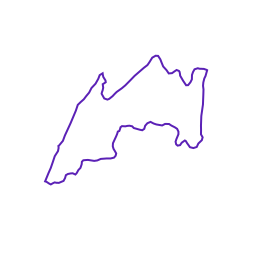 outline of Luleå, Norrbotten, Sweden, rotated 230°
{"feature_id": "70781695B74672839302489", "entity_name": "Luleå", "entity_type": "district", "adm_level": 2, "iso_a3": "SWE", "parent_name": "Sweden", "parent_adm1": "Norrbotten", "projection": "mercator", "projection_center": [22.018, 65.85], "detail": "fine", "context": "isolated", "style": "outline", "palette": "violet", "viewbox_px": 256, "rotation_deg": 230, "n_neighbors": 0, "source": "geoboundaries", "source_scale": "gbopen_adm2", "svg_char_len": 2101}
<svg xmlns="http://www.w3.org/2000/svg" viewBox="0 0 256 256"><g transform="rotate(230 128 128)"><path d="M158.9,63.1L157.3,62.0L155.3,59.5L153.5,53.8L150.3,48.6L147.0,43.1L144.5,38.0L140.4,30.2L139.1,31.0L136.3,31.8L134.4,32.6L134.0,34.8L133.5,36.8L131.9,38.1L130.4,39.8L128.9,44.6L130.1,47.6L131.8,50.1L131.4,52.4L130.1,54.8L128.9,56.5L126.2,57.8L126.4,59.6L127.7,63.0L128.0,65.9L130.0,69.2L131.8,71.0L132.0,73.0L130.7,74.9L129.3,76.8L124.5,81.0L122.9,83.6L121.8,87.3L118.5,91.9L115.9,95.0L114.3,98.2L114.7,100.7L116.1,102.6L118.7,103.1L121.3,103.5L123.8,104.6L126.0,106.7L127.8,110.5L129.2,113.5L130.5,116.0L131.8,117.9L131.3,119.4L132.3,121.2L133.4,122.8L133.3,124.6L131.0,127.0L130.0,128.9L128.8,130.6L126.6,132.3L124.3,132.4L119.0,136.0L117.1,137.5L116.9,139.9L118.7,142.6L119.2,145.9L118.2,149.2L115.0,150.5L112.5,152.0L108.0,155.8L107.3,159.0L104.7,162.0L102.0,162.8L98.5,164.3L95.8,165.1L92.8,164.3L90.8,162.6L89.7,160.5L88.3,157.8L86.9,155.6L84.5,154.4L82.6,154.7L81.4,156.9L82.2,159.7L81.9,163.5L80.9,163.9L78.3,163.5L76.7,163.4L73.5,163.1L70.6,165.2L69.3,168.4L69.3,168.5L70.9,171.9L71.2,176.7L72.9,179.2L76.2,179.8L79.3,182.5L83.0,185.5L90.1,191.9L97.8,200.5L105.3,207.3L109.0,210.6L112.1,212.6L114.5,215.0L116.9,218.3L118.0,220.8L121.4,225.8L121.8,225.7L124.5,224.1L127.5,220.8L128.9,219.9L130.2,216.7L129.1,213.8L127.5,211.1L124.2,208.2L122.9,205.2L122.2,201.6L123.4,200.0L128.9,200.6L134.6,201.6L135.9,202.5L137.9,203.6L139.0,203.7L141.2,202.5L141.5,199.9L141.7,197.0L143.6,194.3L147.6,194.7L152.5,194.5L156.6,195.8L159.8,196.9L163.9,197.4L165.6,195.6L166.3,191.8L164.6,186.6L163.7,183.3L163.9,178.8L163.7,166.5L163.0,159.9L162.4,153.3L162.4,148.8L162.9,142.5L162.7,139.9L162.3,136.6L162.4,132.3L163.0,130.5L165.9,128.8L171.2,129.8L172.2,131.1L173.1,132.7L174.8,134.9L177.8,136.8L177.5,138.9L177.4,140.4L178.9,141.3L183.0,141.9L185.1,143.0L186.2,143.7L186.7,140.3L184.8,136.9L182.8,131.6L182.1,125.7L180.1,121.0L179.3,116.5L178.4,112.6L178.3,108.5L178.0,104.4L174.8,99.2L168.6,87.1L162.8,74.8L160.0,69.9L158.8,63.3L158.9,63.1Z" fill="none" stroke="#5b21b6" stroke-width="2"/></g></svg>